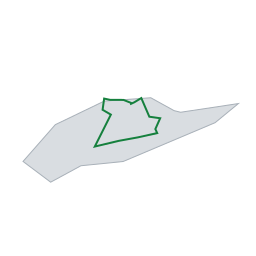 where Ngeremlengui sits in Palau, rotated 59°
{"feature_id": "PLW-5256", "entity_name": "Ngeremlengui", "entity_type": "state/province", "adm_level": 1, "iso_a3": "PLW", "parent_name": "Palau", "parent_adm1": "", "projection": "natural_earth1", "projection_center": [134.562, 7.532], "detail": "fine", "context": "in_parent", "style": "outline", "palette": "green", "viewbox_px": 256, "rotation_deg": 59, "n_neighbors": 0, "source": "natural_earth", "source_scale": "10m", "svg_char_len": 563}
<svg xmlns="http://www.w3.org/2000/svg" viewBox="0 0 256 256"><g transform="rotate(59 128 128)"><path d="M134.6,222.2L102.6,235.2L87.7,188.6L92.7,134.5L113.8,92.9L136.8,79.6L141.6,74.8L163.9,20.8L168.3,50.6L154.2,149.4L136.1,187.8L134.6,222.2Z" fill="#d9dde1" stroke="#a8b0b8" stroke-width="1"/><path d="M99.3,140.4L90.5,133.3L94.6,128.9L101.6,117.4L108.0,112.5L108.8,112.9L109.2,109.5L109.2,101.2L129.3,103.9L136.2,95.4L143.0,105.1L147.4,105.6L141.1,124.4L134.2,142.7L126.8,166.0L107.7,135.8L99.3,140.4Z" fill="none" stroke="#15803d" stroke-width="2"/></g></svg>